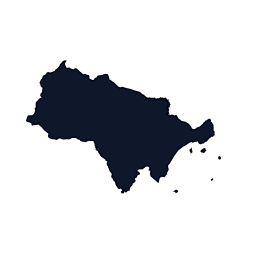 the district of Thung Tako, Chumphon, Thailand, rotated 39°
{"feature_id": "78962969B56019548429008", "entity_name": "Thung Tako", "entity_type": "district", "adm_level": 2, "iso_a3": "THA", "parent_name": "Thailand", "parent_adm1": "Chumphon", "projection": "mercator", "projection_center": [99.077, 10.099], "detail": "fine", "context": "isolated", "style": "filled", "palette": "ink", "viewbox_px": 256, "rotation_deg": 39, "n_neighbors": 0, "source": "geoboundaries", "source_scale": "gbopen_adm2", "svg_char_len": 5859}
<svg xmlns="http://www.w3.org/2000/svg" viewBox="0 0 256 256"><g transform="rotate(39 128 128)"><path d="M185.2,150.9L183.8,147.9L183.3,146.1L183.9,145.5L184.2,144.7L184.8,143.8L186.7,142.7L186.5,140.7L186.8,139.6L185.6,137.9L185.3,135.3L184.9,135.1L184.2,134.2L183.3,134.0L182.9,133.1L182.3,132.5L181.8,132.5L181.6,132.1L182.0,131.4L182.1,129.6L180.8,120.3L180.5,113.6L181.7,108.3L183.3,104.3L184.3,100.7L185.2,99.1L186.0,98.1L187.1,98.1L188.4,95.9L190.4,93.9L191.5,93.6L192.1,94.5L192.8,94.8L194.3,94.3L195.0,92.8L195.7,92.3L196.4,89.5L197.0,88.7L197.0,85.2L197.9,81.4L198.2,81.1L198.8,81.0L198.7,80.3L199.1,79.1L198.4,78.9L197.8,77.6L197.4,77.2L195.9,76.7L194.9,76.5L194.7,75.4L192.1,72.5L189.5,71.5L187.8,71.6L187.1,70.3L186.4,70.0L185.5,70.5L184.9,73.0L184.2,73.9L184.4,75.1L184.0,76.1L184.2,77.8L183.6,81.4L183.2,82.9L182.5,83.6L181.7,85.3L181.6,86.5L180.5,88.1L179.2,88.4L178.7,89.1L178.2,89.3L177.8,89.3L177.2,88.5L175.8,87.8L172.6,87.2L168.9,87.7L165.4,89.5L163.4,89.4L161.3,89.6L157.7,88.2L157.3,88.6L156.8,89.8L156.0,89.8L155.7,90.2L155.1,90.0L154.0,90.6L152.4,93.4L152.1,92.5L151.9,92.2L151.3,92.6L150.2,92.7L150.0,92.1L149.1,92.4L149.2,91.7L150.0,90.9L148.4,90.0L147.9,88.3L146.3,88.0L145.7,88.4L145.6,88.0L145.2,87.4L145.8,87.3L145.4,87.1L146.0,86.8L146.1,86.3L145.9,85.9L145.3,85.6L145.4,85.4L145.9,85.3L145.3,85.0L145.8,84.8L145.5,83.5L145.0,83.6L144.3,82.9L143.8,83.1L143.6,82.7L143.3,82.8L143.0,82.4L142.5,82.7L142.3,82.4L141.8,82.4L141.6,81.7L141.3,82.2L141.3,81.9L141.0,82.0L140.1,81.7L139.5,81.9L138.9,81.6L139.0,82.1L138.5,81.9L138.4,82.4L138.1,82.6L137.7,82.4L137.5,83.1L137.3,83.0L137.2,83.2L136.6,83.4L136.4,83.1L135.8,83.4L135.9,83.7L135.7,84.0L134.4,84.3L134.7,84.9L134.3,85.2L134.4,85.6L133.8,85.8L133.8,86.7L133.3,86.6L133.0,87.0L132.6,86.9L132.3,87.3L132.6,87.7L132.1,88.5L131.8,88.4L130.9,89.0L130.7,88.9L130.7,88.3L129.9,88.3L129.4,89.1L128.0,89.9L127.8,90.7L127.4,90.7L127.2,91.0L126.4,91.0L126.5,91.3L125.9,91.5L125.9,91.9L125.5,92.2L125.0,92.2L124.5,92.8L123.9,92.8L123.8,93.3L123.5,93.1L123.2,93.5L122.5,93.0L120.5,93.1L119.7,92.8L119.1,93.0L118.9,93.5L116.3,93.2L114.3,93.3L109.7,95.4L105.9,96.6L101.3,98.9L98.1,100.1L96.8,101.9L95.5,102.4L94.5,102.6L90.2,102.3L88.0,102.0L86.6,102.4L84.2,102.3L82.8,102.8L80.1,100.5L78.2,99.7L77.5,100.5L76.9,100.6L75.9,101.9L75.6,102.9L72.2,106.6L72.2,107.3L72.5,108.8L71.9,109.4L71.5,110.6L72.0,112.4L70.2,113.9L66.6,114.5L65.5,113.6L65.1,112.7L64.2,112.3L62.7,113.3L61.5,113.3L60.8,113.9L60.4,114.7L59.6,115.1L57.4,115.3L56.6,114.9L56.0,115.2L50.7,114.7L49.8,115.5L49.4,117.1L48.6,117.7L47.4,118.0L46.7,118.5L44.7,118.6L43.3,120.1L42.5,120.4L41.2,120.4L40.5,119.6L39.2,119.5L38.9,118.9L38.3,118.6L37.3,117.5L37.5,116.8L37.3,115.4L36.7,115.8L36.0,117.2L35.8,121.4L36.4,122.7L36.2,126.4L35.6,128.6L35.9,129.2L35.8,130.2L33.1,134.5L31.7,135.0L30.8,135.9L31.0,136.9L30.7,137.9L31.0,138.4L30.8,139.3L30.0,140.2L30.0,141.6L30.7,143.0L30.7,145.6L31.4,148.1L32.5,148.2L33.7,149.6L34.8,149.9L36.1,149.7L37.1,150.3L38.3,152.6L39.4,153.6L39.2,156.1L39.8,157.4L40.1,157.6L41.8,157.8L42.4,158.8L42.3,159.3L41.3,160.9L41.0,166.0L43.0,168.6L43.8,169.0L44.0,171.2L44.4,171.7L45.6,172.5L46.6,175.8L46.5,177.8L46.1,178.9L43.2,181.3L43.2,181.9L44.5,185.6L44.9,186.0L45.9,185.8L48.1,184.8L50.3,184.6L50.8,184.7L51.4,185.6L51.8,185.6L52.3,184.7L53.7,183.5L54.9,182.0L55.5,181.7L55.8,180.6L56.5,180.9L58.6,181.1L59.5,180.9L64.4,181.8L69.7,181.8L70.6,182.3L71.1,183.7L71.9,184.5L72.8,184.7L75.0,184.1L77.4,182.6L79.4,181.8L80.8,178.4L84.5,177.2L87.0,174.6L88.8,173.5L89.6,172.3L89.5,171.7L90.8,169.9L92.8,168.5L93.1,167.8L93.8,167.6L94.3,167.8L95.0,167.5L96.0,167.8L96.8,167.4L96.9,167.0L97.6,166.9L99.5,167.2L101.4,166.4L102.2,165.7L103.8,164.9L103.8,163.6L104.5,163.1L104.4,162.8L104.7,162.4L106.7,161.2L107.9,160.0L109.3,159.3L110.6,159.6L111.2,160.3L111.8,160.2L112.4,160.7L112.8,160.6L113.1,161.6L113.7,161.7L113.8,162.3L114.7,162.7L115.2,162.5L115.3,163.2L116.2,163.2L116.6,164.0L117.4,164.2L117.3,164.6L118.0,164.4L119.6,164.4L120.3,164.8L120.7,164.7L121.1,165.3L122.0,165.4L122.3,165.7L122.7,165.6L123.1,165.2L123.9,166.2L124.7,166.2L125.2,166.5L125.5,166.3L126.5,166.4L127.1,166.1L127.7,166.3L128.7,166.0L129.7,166.2L130.7,165.9L131.1,166.6L131.5,166.4L132.0,166.6L132.5,166.1L133.0,166.3L133.9,166.9L134.1,168.2L135.0,169.2L135.9,169.6L136.6,169.4L137.0,169.9L137.5,169.7L137.9,170.6L138.7,170.6L139.1,171.3L139.5,171.3L140.0,171.8L140.6,171.6L141.3,172.5L144.0,172.9L145.4,174.2L146.0,175.7L146.4,176.1L147.9,176.2L149.2,177.0L150.5,177.4L151.9,177.3L154.5,179.3L158.1,180.5L158.9,180.5L159.7,179.5L159.7,178.7L159.9,178.6L161.3,179.1L162.6,179.0L163.7,180.3L163.2,181.3L163.3,181.7L164.0,182.0L164.8,181.5L165.0,181.1L164.5,179.5L164.6,178.9L165.1,178.6L166.1,178.9L166.5,178.8L166.7,178.4L166.5,176.8L167.8,175.6L166.5,173.7L166.6,169.5L165.8,168.6L166.7,165.6L166.6,164.9L166.3,164.5L164.9,163.9L164.4,163.1L164.5,162.4L165.1,160.9L164.4,158.4L165.4,157.0L165.5,156.5L165.1,156.2L164.2,156.0L161.8,156.5L161.4,156.1L161.4,155.6L161.8,152.8L164.1,151.1L164.7,150.5L165.5,146.6L166.4,145.5L167.5,144.8L168.2,144.6L170.0,144.7L170.6,145.2L170.8,146.3L171.1,146.9L171.8,146.2L172.5,147.1L173.4,147.1L173.9,147.9L173.8,148.5L174.4,149.3L176.2,150.6L185.2,150.9ZM201.7,96.7L200.8,95.9L200.3,96.1L199.6,98.3L199.4,99.6L199.7,100.1L200.3,100.0L201.0,99.2L201.7,99.4L202.1,99.2L202.2,98.0L202.1,97.4L202.3,96.8L201.7,96.7ZM205.8,147.7L206.3,146.4L206.1,146.0L205.2,146.0L204.7,146.4L204.2,147.6L204.9,147.3L205.8,147.7ZM218.6,94.3L218.8,94.0L218.6,93.3L218.0,92.9L217.2,93.0L217.1,93.5L217.9,94.4L218.6,94.3ZM191.4,105.7L190.9,105.6L190.9,105.1L190.5,104.8L190.6,105.3L190.2,105.8L190.6,106.5L191.1,106.6L191.4,105.7ZM192.4,107.1L192.5,106.4L192.1,106.3L192.0,106.7L192.4,107.1ZM225.8,115.6L226.0,114.9L225.9,114.8L225.6,115.5L225.8,115.6Z" fill="#0f172a" stroke="#020617" stroke-width="1.5"/></g></svg>